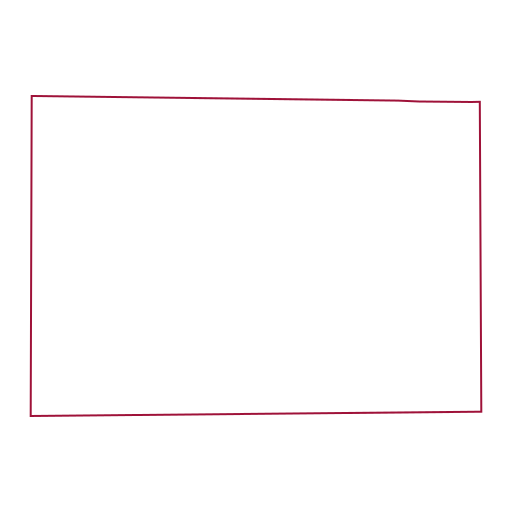 the district of Dimmit, Texas, United States of America
{"feature_id": "52423323B99675237938488", "entity_name": "Dimmit", "entity_type": "district", "adm_level": 2, "iso_a3": "USA", "parent_name": "United States of America", "parent_adm1": "Texas", "projection": "orthographic", "projection_center": [-99.607, 28.423], "detail": "fine", "context": "isolated", "style": "outline", "palette": "rose", "viewbox_px": 512, "rotation_deg": 0, "n_neighbors": 0, "source": "geoboundaries", "source_scale": "gbopen_adm2", "svg_char_len": 220}
<svg xmlns="http://www.w3.org/2000/svg" viewBox="0 0 512 512"><path d="M471.5,102.0L418.9,101.5L398.1,100.6L31.7,96.0L30.7,416.0L481.3,411.7L479.8,101.8L471.5,102.0Z" fill="none" stroke="#9f1239" stroke-width="2"/></svg>